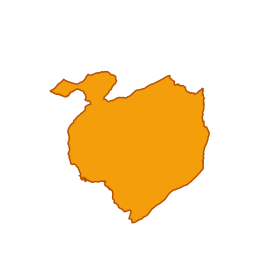 outline of Saboyá, Boyacá, Colombia, rotated 35°
{"feature_id": "7082276B63710886771215", "entity_name": "Saboyá", "entity_type": "district", "adm_level": 2, "iso_a3": "COL", "parent_name": "Colombia", "parent_adm1": "Boyacá", "projection": "equal_earth", "projection_center": [-73.781, 5.705], "detail": "fine", "context": "isolated", "style": "filled", "palette": "amber", "viewbox_px": 256, "rotation_deg": 35, "n_neighbors": 0, "source": "geoboundaries", "source_scale": "gbopen_adm2", "svg_char_len": 5824}
<svg xmlns="http://www.w3.org/2000/svg" viewBox="0 0 256 256"><g transform="rotate(35 128 128)"><path d="M212.6,120.3L212.8,119.9L212.9,118.8L212.8,118.3L212.1,116.9L211.2,116.0L209.4,113.0L208.4,111.9L208.0,112.2L207.7,111.0L207.3,110.5L207.4,109.3L206.5,108.6L206.1,108.1L204.7,105.4L204.3,105.1L203.9,105.0L203.7,104.6L203.4,103.5L202.5,101.3L202.1,100.8L202.1,100.1L201.5,98.7L201.6,97.4L201.1,96.1L201.1,95.0L200.4,93.3L199.8,91.0L199.1,90.2L198.8,89.3L198.5,87.7L197.7,86.0L197.3,85.4L196.0,84.6L191.8,82.2L191.1,82.7L189.1,82.8L188.7,81.9L188.1,81.6L186.5,79.2L185.9,79.9L183.4,77.3L182.5,76.7L182.3,76.3L181.9,74.2L181.5,73.7L180.8,73.3L180.6,73.0L179.9,71.5L179.6,69.9L178.7,68.3L177.7,66.9L176.8,65.1L176.5,64.9L176.2,65.0L176.0,64.3L175.3,64.2L175.1,63.2L173.5,61.5L173.5,60.0L170.9,58.3L170.8,57.9L170.0,58.1L169.5,56.8L168.9,56.6L168.5,55.7L168.6,54.8L167.2,54.3L167.2,54.2L167.4,53.6L167.3,52.9L166.2,52.9L165.9,53.2L166.2,53.9L166.2,54.7L165.3,55.7L165.2,56.2L165.3,57.0L164.6,58.1L164.8,59.4L163.0,62.2L162.2,61.6L160.9,62.4L159.7,62.6L159.1,63.5L158.4,63.8L157.9,63.9L157.5,63.6L156.8,64.0L156.2,64.0L155.7,64.2L154.8,64.1L152.8,63.1L152.2,62.6L151.8,61.9L151.1,61.6L150.2,61.9L148.5,61.8L147.5,63.0L146.5,63.2L145.9,63.5L144.8,63.1L144.5,64.0L144.3,64.1L143.7,63.7L143.2,63.6L142.3,65.5L141.7,65.9L140.7,65.6L140.4,64.9L140.1,64.8L139.8,63.7L139.5,63.4L138.7,63.2L135.8,63.3L134.1,62.9L133.3,63.0L132.4,61.2L131.7,61.4L130.8,62.7L130.1,63.9L129.6,65.2L128.8,66.5L128.6,67.4L123.7,76.7L121.8,79.2L120.1,82.6L119.0,85.8L115.1,90.7L113.9,91.5L113.0,92.8L112.7,93.6L111.8,98.3L111.2,100.6L110.8,101.4L109.9,102.5L109.6,103.8L108.4,105.2L106.9,105.5L104.8,107.2L103.8,107.6L103.2,108.4L102.7,108.5L101.1,111.2L100.4,113.2L99.3,114.6L98.4,115.2L97.1,117.3L96.4,117.8L95.0,117.9L94.3,117.4L93.2,117.7L92.2,117.5L91.7,118.0L91.6,117.4L90.9,116.8L90.7,116.3L91.2,114.5L91.6,111.9L91.8,111.4L91.6,109.1L91.3,107.8L92.1,106.0L92.0,105.4L91.5,103.9L91.6,101.0L92.0,99.1L91.8,97.0L91.6,95.9L90.2,95.2L89.4,94.4L88.5,93.1L87.8,92.9L86.3,92.9L85.4,93.1L83.7,94.2L81.5,93.7L79.1,93.6L78.6,93.7L77.6,94.9L77.2,94.8L76.7,95.0L75.1,96.9L74.4,96.8L73.0,99.1L72.5,99.7L72.2,99.6L72.0,100.3L71.8,100.3L71.7,100.6L70.6,100.9L68.1,105.0L66.4,106.7L65.6,106.9L64.6,106.9L64.4,110.3L64.8,111.8L64.8,113.1L64.3,115.6L64.1,116.2L63.3,117.1L61.7,120.6L61.2,121.2L60.6,121.7L57.5,122.8L51.7,124.6L48.7,125.1L47.5,125.0L46.9,129.0L46.2,130.3L45.7,132.0L45.2,137.7L43.1,142.1L43.5,142.3L43.9,142.1L44.5,142.4L45.3,142.1L45.9,142.1L46.3,141.7L46.7,141.6L47.5,142.0L48.3,141.9L48.7,141.7L48.8,141.5L49.8,141.4L50.0,141.1L51.1,140.9L51.6,140.4L52.2,140.4L52.5,140.2L52.4,139.7L52.6,139.6L52.9,139.7L53.2,139.4L54.7,139.8L56.2,139.0L58.0,138.9L58.8,138.1L59.3,137.9L59.4,137.4L59.8,137.3L59.7,136.9L59.8,136.7L60.4,136.4L60.5,135.3L60.8,134.8L60.7,134.1L60.4,133.6L60.6,133.1L60.4,132.9L60.6,132.4L60.4,132.1L60.7,131.8L60.7,131.3L60.9,130.9L61.3,130.7L61.8,130.1L61.9,129.2L62.1,129.1L62.1,128.7L62.5,128.3L62.8,127.6L63.1,127.1L63.4,125.8L63.7,125.2L64.4,125.2L65.0,124.8L65.3,124.9L66.1,124.3L67.4,124.4L70.2,123.6L70.8,123.9L71.2,123.9L71.7,124.5L73.6,124.9L76.2,127.0L76.5,127.6L76.4,129.1L76.5,129.3L77.1,129.6L77.7,129.6L79.8,129.0L80.4,128.2L81.3,128.0L83.8,129.8L82.0,132.1L81.3,133.6L80.9,135.2L80.9,135.5L81.6,136.0L81.9,136.4L82.5,138.7L81.6,142.1L81.2,142.9L81.1,144.1L80.1,147.9L79.8,149.3L80.1,149.8L79.9,150.3L79.8,151.9L79.5,152.3L79.5,153.2L80.1,154.7L79.9,155.9L79.6,156.3L79.7,157.3L79.4,157.8L79.4,159.4L79.6,160.5L79.6,162.4L80.0,163.2L80.2,164.6L80.8,165.1L81.6,166.4L83.0,166.9L83.8,168.2L85.4,169.2L86.1,171.0L86.8,171.8L87.2,173.9L87.9,175.3L88.1,175.5L88.6,175.4L88.9,175.8L89.2,175.9L90.7,177.4L91.7,178.0L92.0,178.7L92.7,179.4L92.8,180.0L93.2,180.5L93.3,181.6L93.5,181.8L93.7,182.3L93.5,183.0L93.8,183.4L94.7,184.2L95.1,184.1L95.2,184.3L96.7,184.9L96.7,185.2L96.5,185.4L96.9,186.3L98.2,186.9L98.7,187.4L99.1,187.5L99.4,188.1L100.5,188.8L101.2,189.7L101.7,190.0L102.4,189.8L102.8,190.0L103.5,189.6L103.7,189.0L104.3,188.8L104.6,188.4L105.4,188.2L107.0,188.4L107.7,188.9L109.9,189.1L110.9,189.9L111.8,190.3L112.4,190.9L113.6,191.6L114.3,191.8L114.7,192.2L115.2,192.5L116.2,193.9L116.2,194.3L115.8,194.8L117.6,195.0L118.2,196.4L118.4,196.2L118.5,195.4L118.7,195.2L119.0,196.4L120.0,196.9L120.3,196.7L120.6,195.7L120.6,194.6L120.3,194.1L120.4,193.7L120.8,193.9L121.9,195.6L122.6,194.8L122.3,193.8L123.0,194.1L123.5,194.8L123.0,195.6L123.0,195.9L123.1,196.1L123.5,196.2L124.0,195.8L124.2,195.1L123.6,194.2L123.6,193.9L124.9,194.0L125.1,193.6L125.6,193.5L126.6,193.8L128.0,193.3L128.7,193.4L129.6,192.8L130.3,192.7L131.7,190.7L133.7,189.8L134.1,189.3L134.8,189.2L135.0,188.9L135.7,187.3L136.9,186.6L138.0,186.3L138.8,185.3L139.3,185.3L139.6,185.0L139.8,184.5L140.1,184.5L140.6,185.2L140.5,186.1L140.7,187.1L142.4,188.2L143.3,188.2L144.5,187.8L145.2,188.3L145.7,187.8L146.7,188.6L147.4,188.5L147.8,188.8L148.2,188.3L148.3,188.6L148.5,188.4L148.9,188.8L149.8,188.2L150.7,188.5L151.1,188.4L152.0,189.1L154.1,191.6L155.3,194.0L156.5,194.9L157.1,194.7L158.7,195.6L159.1,196.5L159.1,196.9L159.5,197.2L160.5,197.1L161.6,196.5L162.3,196.9L162.8,196.8L164.3,197.0L165.7,198.4L167.2,198.4L169.7,197.9L170.8,198.2L171.8,198.1L172.8,198.7L173.1,198.6L173.4,198.4L173.9,197.5L174.7,196.9L176.3,194.2L178.2,194.5L178.6,194.7L179.0,196.4L179.6,197.8L180.8,201.7L181.2,201.7L182.6,201.0L183.6,200.9L185.3,202.9L185.8,203.1L186.5,202.7L187.8,201.0L189.6,197.3L190.9,195.0L191.6,194.2L191.7,192.4L193.4,189.3L193.9,187.4L194.1,180.7L194.9,178.0L195.5,175.4L197.4,171.4L198.8,166.8L199.2,165.1L199.2,159.1L199.7,156.0L200.9,152.6L201.7,151.9L205.2,146.6L206.2,144.8L206.6,143.6L207.5,142.6L209.1,140.2L209.8,137.1L210.4,135.4L210.8,132.6L211.5,130.0L212.4,123.2L212.6,120.3Z" fill="#f59e0b" stroke="#b45309" stroke-width="1.5"/></g></svg>